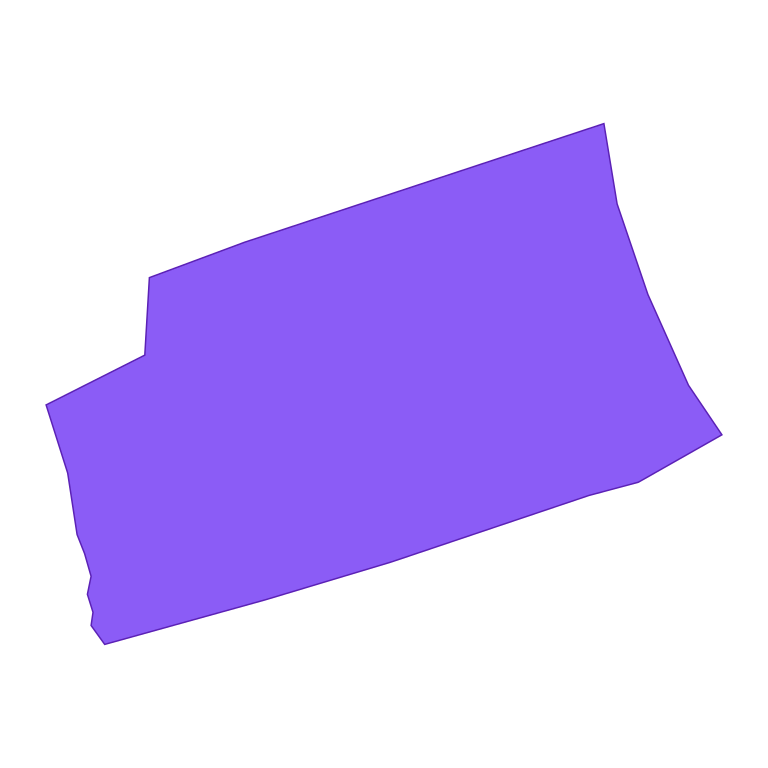 Asau, Tuvalu
{"feature_id": "33948139B37363318127022", "entity_name": "Asau", "entity_type": "district", "adm_level": 2, "iso_a3": "TUV", "parent_name": "Tuvalu", "parent_adm1": "", "projection": "orthographic", "projection_center": [178.68, -7.49], "detail": "fine", "context": "isolated", "style": "filled", "palette": "violet", "viewbox_px": 768, "rotation_deg": 0, "n_neighbors": 0, "source": "geoboundaries", "source_scale": "gbopen_adm2", "svg_char_len": 388}
<svg xmlns="http://www.w3.org/2000/svg" viewBox="0 0 768 768"><path d="M603.9,123.6L244.4,242.3L149.4,277.6L144.8,355.1L46.1,404.9L67.7,473.1L77.1,534.6L84.6,553.6L91.1,576.3L87.4,594.3L93.0,612.3L91.1,625.5L104.7,644.4L265.0,599.9L391.5,561.9L588.8,495.5L638.4,482.2L721.9,434.8L688.5,385.3L647.9,294.5L617.1,203.9L603.9,123.6Z" fill="#8b5cf6" stroke="#5b21b6" stroke-width="1.5"/></svg>